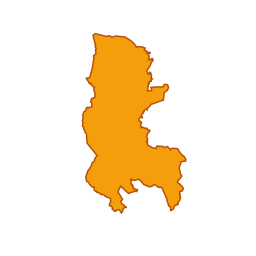 the district of Namosi, Central, Fiji, rotated 223°
{"feature_id": "14151628B28251361437248", "entity_name": "Namosi", "entity_type": "district", "adm_level": 2, "iso_a3": "FJI", "parent_name": "Fiji", "parent_adm1": "Central", "projection": "albers", "projection_center": [178.074, -18.067], "detail": "fine", "context": "isolated", "style": "filled", "palette": "amber", "viewbox_px": 256, "rotation_deg": 223, "n_neighbors": 0, "source": "geoboundaries", "source_scale": "gbopen_adm2", "svg_char_len": 5810}
<svg xmlns="http://www.w3.org/2000/svg" viewBox="0 0 256 256"><g transform="rotate(223 128 128)"><path d="M84.2,58.0L83.6,58.2L81.1,57.9L80.8,58.1L80.1,59.0L80.3,60.1L79.8,61.1L78.5,62.4L76.0,61.5L74.9,61.4L75.1,63.5L76.1,64.5L76.2,65.6L76.6,66.5L75.9,67.9L75.1,68.7L75.4,69.0L76.4,68.4L77.0,68.8L77.9,68.9L79.0,68.5L79.9,68.6L80.4,68.3L81.1,68.3L81.6,68.8L82.9,69.3L83.5,69.8L83.2,71.7L83.5,72.2L91.7,74.4L93.8,80.4L83.2,80.5L82.5,80.8L82.5,81.8L80.9,84.4L80.3,85.8L80.0,86.1L79.8,86.5L78.5,87.2L78.3,87.7L78.7,88.5L78.7,89.1L79.2,89.3L79.4,89.0L81.5,88.0L82.0,88.1L82.4,87.6L82.8,87.4L83.3,87.6L84.7,89.1L85.8,88.8L86.4,89.5L86.8,89.1L87.4,89.1L89.3,90.9L89.3,91.2L89.7,91.7L89.8,92.4L90.1,92.6L90.4,92.1L91.1,92.3L91.1,92.6L88.1,93.6L87.2,94.6L85.0,98.0L81.4,98.0L79.9,97.6L78.3,97.4L75.1,98.5L74.6,99.1L74.2,99.0L73.4,99.1L72.3,99.7L71.5,100.4L71.4,101.1L70.8,101.6L70.4,103.1L70.5,103.7L70.0,104.5L68.8,105.0L67.7,105.3L66.6,105.2L65.4,105.4L64.3,106.1L63.6,107.2L62.8,107.3L61.5,107.0L57.3,105.2L55.1,104.4L52.9,103.2L51.5,103.0L50.6,102.0L50.1,101.9L48.6,100.5L47.1,100.3L46.5,99.6L45.3,98.8L44.5,99.0L44.3,99.3L43.6,99.4L43.2,99.3L43.0,98.8L41.8,98.3L40.6,96.7L40.0,97.5L39.7,98.6L39.7,100.5L40.5,101.1L40.4,101.7L40.8,102.2L40.8,102.6L40.0,105.1L39.6,105.4L39.3,106.5L39.7,107.1L40.8,107.2L40.7,108.3L40.9,109.2L40.7,110.1L41.5,111.5L41.7,112.6L41.9,112.8L42.5,112.8L43.2,113.7L43.9,113.9L44.5,114.9L45.4,115.3L46.3,116.3L46.6,116.5L46.7,116.8L46.5,117.4L45.5,118.5L45.7,120.5L46.1,121.2L47.3,121.9L48.6,122.2L50.6,122.2L51.3,122.5L52.2,122.3L52.7,121.9L54.8,121.9L55.1,122.4L55.1,123.2L55.6,124.9L55.4,127.1L55.7,128.1L55.7,129.2L56.0,129.7L57.2,129.7L57.9,130.0L58.6,130.7L59.1,130.8L63.1,133.6L64.0,135.1L64.6,135.5L64.8,137.4L65.7,138.5L65.9,139.8L63.4,143.0L63.9,144.2L66.7,145.3L71.3,145.2L74.7,145.8L76.9,146.7L77.8,146.5L79.0,145.8L79.8,144.9L81.8,143.4L82.2,142.1L82.1,141.0L83.6,141.3L85.7,141.3L87.2,140.9L87.6,138.9L88.3,138.4L89.6,138.5L92.5,136.3L92.7,135.6L94.2,135.0L94.6,134.4L94.6,133.9L93.8,133.0L93.7,132.7L93.8,132.0L94.5,131.2L95.3,131.1L97.4,129.9L98.6,130.0L98.8,129.8L99.2,129.7L100.2,129.2L101.9,129.2L103.0,129.7L103.6,130.4L104.4,130.7L104.9,130.5L104.7,131.8L105.6,131.9L105.8,132.1L106.1,133.1L106.6,133.6L107.7,133.8L108.6,134.2L108.8,135.3L109.5,135.9L109.5,137.1L109.7,137.6L110.1,140.8L110.5,141.1L111.0,141.1L111.7,140.2L112.5,140.2L114.0,140.7L114.5,139.7L115.1,139.9L115.8,139.0L117.8,138.7L118.6,137.2L119.2,137.9L120.0,137.9L121.2,139.6L121.8,141.3L123.7,141.3L124.0,140.5L125.0,140.9L126.1,142.0L126.4,143.8L126.4,144.3L124.5,145.2L125.4,145.9L126.7,146.3L127.3,146.8L127.3,147.9L127.0,148.5L127.0,149.3L127.8,149.7L127.3,150.8L127.6,151.3L128.1,151.4L128.1,153.0L128.0,153.4L127.7,153.8L126.6,154.2L126.9,154.3L126.9,154.9L127.4,155.6L127.2,155.8L127.1,156.3L127.2,157.6L126.8,158.5L127.1,158.9L127.2,161.1L121.2,172.6L125.6,178.6L124.9,182.5L125.9,185.1L127.8,186.4L128.6,186.5L129.4,186.2L130.3,185.5L131.2,184.4L131.2,184.0L130.3,182.2L130.9,181.4L135.2,177.5L139.0,173.2L137.2,172.6L136.8,172.2L136.6,170.9L137.0,170.2L138.3,169.5L139.2,168.5L139.5,169.4L141.2,171.3L141.3,171.9L141.9,172.6L142.4,172.8L142.5,173.3L143.1,174.0L143.0,174.9L142.7,174.8L142.7,175.1L143.4,175.2L143.3,175.5L143.5,175.9L143.7,175.4L144.0,175.6L143.7,176.3L143.8,176.6L143.4,177.3L143.5,177.8L142.9,178.1L143.3,178.6L143.6,178.6L144.2,179.2L144.1,179.4L143.6,179.6L143.6,180.5L144.8,180.0L145.7,181.1L146.3,182.2L149.2,183.9L149.3,182.7L150.1,183.0L149.5,181.4L150.7,181.1L151.7,181.9L152.6,182.2L153.3,182.8L154.1,188.1L155.5,191.5L155.9,194.7L157.0,195.4L157.9,195.2L157.9,194.9L157.5,194.4L157.8,194.0L157.7,193.5L158.1,193.1L158.7,193.2L158.8,192.7L159.1,192.5L159.5,191.9L159.8,192.1L159.6,192.5L160.0,193.2L160.8,193.9L161.5,194.9L161.9,195.2L162.8,195.3L163.2,195.7L163.5,196.6L163.5,197.1L162.9,197.9L163.1,198.1L163.7,198.1L164.2,197.8L165.3,195.4L165.8,195.6L165.9,196.3L166.5,197.0L166.9,197.0L168.6,196.2L169.2,196.1L169.5,196.2L169.9,198.1L171.4,197.6L173.2,196.6L175.6,194.8L177.1,192.9L180.1,193.7L182.7,193.9L185.0,193.8L192.1,192.6L199.8,186.8L201.5,183.7L204.4,182.8L206.6,180.0L216.3,174.7L216.7,171.9L210.9,168.0L210.0,167.8L209.5,167.2L208.8,166.9L208.7,166.2L208.2,165.8L207.9,165.7L207.2,165.8L206.8,164.7L205.8,164.4L205.4,164.0L204.9,163.2L204.9,162.6L204.2,162.4L202.0,160.2L202.5,157.2L202.1,156.8L201.0,156.4L195.1,147.7L190.4,138.9L191.7,136.9L191.9,136.3L193.0,135.8L192.3,135.8L190.5,135.3L190.2,135.5L189.8,135.5L189.1,134.9L187.7,134.7L186.9,134.2L186.2,134.7L185.7,135.4L185.4,135.4L185.3,135.1L185.6,134.7L184.8,134.4L184.1,134.7L183.7,134.6L183.3,134.8L181.8,134.4L181.2,134.6L180.9,134.9L180.2,134.9L180.0,133.7L179.6,133.3L178.7,132.9L178.7,132.6L177.8,131.7L176.3,131.2L174.1,129.4L173.5,128.5L173.4,126.7L174.1,126.3L174.2,124.8L174.3,124.6L174.7,124.4L173.9,123.4L173.7,122.6L173.0,121.7L172.6,121.5L171.7,121.6L170.9,121.2L170.4,120.3L169.0,118.8L170.0,117.1L170.5,115.7L171.5,115.8L172.1,114.3L172.0,113.7L171.1,112.8L170.7,112.0L171.1,111.1L171.3,109.6L170.2,107.2L169.4,106.1L167.3,104.3L166.4,102.2L165.2,101.6L164.9,101.1L164.2,100.7L163.3,99.3L162.5,98.4L162.1,98.3L161.3,98.6L159.8,97.1L158.9,96.7L157.6,96.5L156.4,95.5L154.5,95.4L147.5,89.0L131.4,86.7L131.8,84.3L130.7,81.6L130.3,81.5L130.1,81.1L130.1,80.0L130.6,78.4L128.9,75.0L128.0,68.8L125.2,63.0L124.4,62.7L123.5,61.7L122.5,61.5L121.7,60.7L120.4,61.2L119.3,61.3L117.7,60.6L116.9,60.5L116.4,60.7L114.7,60.2L113.0,61.0L112.3,61.7L111.0,60.0L110.2,59.6L109.1,59.5L107.3,60.3L106.7,59.7L105.8,60.4L104.3,61.0L102.6,60.9L102.0,61.2L101.2,62.1L100.9,62.1L99.8,62.8L98.1,62.6L97.3,62.8L95.5,63.3L93.7,64.5L92.6,64.3L91.1,62.8L90.3,62.4L90.1,60.5L88.8,58.6L88.2,58.6L87.4,59.3L85.7,59.3L84.5,58.9L84.1,58.3L84.2,58.0Z" fill="#f59e0b" stroke="#b45309" stroke-width="1.5"/></g></svg>